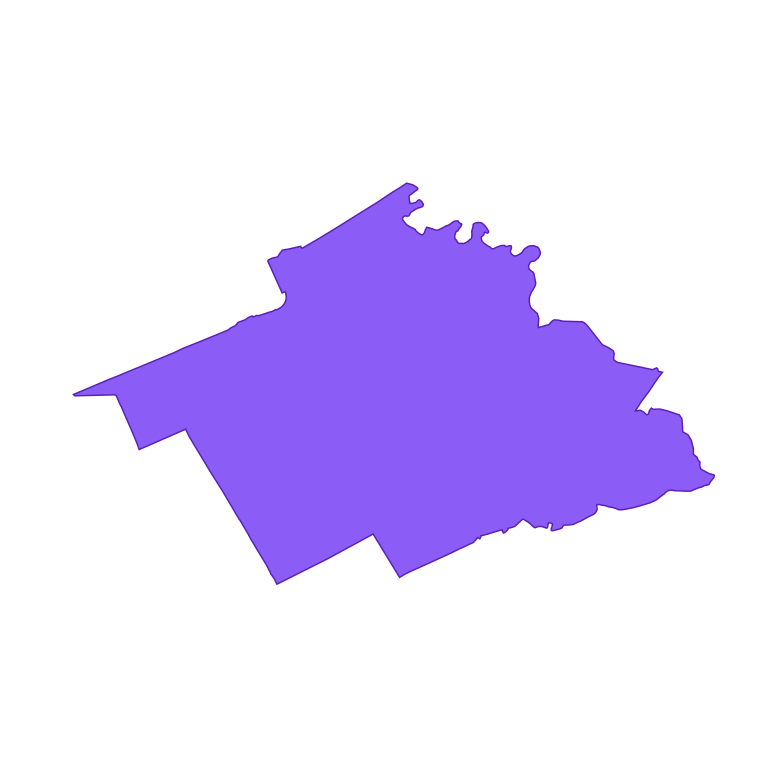 Darmanesti, Dâmbovita, Romania, rotated 169°
{"feature_id": "2599482B65798609307970", "entity_name": "Darmanesti", "entity_type": "district", "adm_level": 2, "iso_a3": "ROU", "parent_name": "Romania", "parent_adm1": "Dâmbovita", "projection": "equal_earth", "projection_center": [25.758, 44.92], "detail": "fine", "context": "isolated", "style": "filled", "palette": "violet", "viewbox_px": 768, "rotation_deg": 169, "n_neighbors": 0, "source": "geoboundaries", "source_scale": "gbopen_adm2", "svg_char_len": 6119}
<svg xmlns="http://www.w3.org/2000/svg" viewBox="0 0 768 768"><g transform="rotate(169 384 384)"><path d="M690.8,433.0L690.1,431.8L689.7,431.4L650.6,424.8L649.6,424.1L649.0,423.4L647.1,414.8L645.9,410.6L644.6,404.4L640.8,387.4L637.8,372.8L636.8,366.4L587.2,377.5L587.0,376.2L585.1,369.0L570.2,328.3L563.0,309.9L552.0,278.9L551.9,278.4L551.6,278.2L551.4,277.9L546.1,262.8L545.9,262.5L545.5,261.5L545.6,261.2L545.0,259.3L543.9,256.0L543.5,254.9L539.2,243.0L533.2,226.7L533.3,226.6L533.1,226.1L533.0,225.4L532.8,224.4L531.7,221.2L531.3,218.9L530.4,217.2L528.5,212.6L528.1,210.7L527.3,207.9L472.7,223.2L423.3,238.8L405.6,191.2L398.9,193.6L392.8,195.2L378.7,198.5L350.1,205.4L341.6,207.7L335.2,209.2L331.0,210.4L327.8,211.0L326.9,211.3L326.1,211.7L323.6,213.5L322.0,214.8L321.5,215.5L319.5,213.8L318.5,214.9L317.9,216.1L317.8,216.5L311.6,216.8L295.9,218.5L295.7,217.8L295.9,217.3L295.7,216.5L295.4,215.7L295.3,214.9L295.5,214.7L293.5,215.3L291.8,216.2L290.1,217.7L289.8,218.5L288.4,218.8L287.4,218.7L285.5,218.8L282.7,219.3L276.5,223.1L276.0,223.5L273.7,224.8L273.0,224.8L272.4,224.4L272.0,223.8L270.6,222.4L269.1,221.2L266.7,218.4L265.4,216.4L264.5,215.4L264.1,214.7L263.4,214.2L263.0,214.1L259.9,214.6L258.3,214.5L257.0,214.2L255.4,213.5L252.3,211.7L251.5,211.5L250.9,212.0L250.5,212.8L250.1,214.1L249.5,215.3L249.3,215.9L249.1,216.3L248.4,216.3L246.2,215.3L245.5,214.8L245.4,214.1L245.6,213.9L245.7,213.2L246.9,211.0L247.8,208.8L247.6,208.1L247.1,207.9L246.2,207.8L239.0,208.2L236.9,208.7L236.6,208.9L235.4,210.4L234.7,210.8L234.0,211.0L233.0,211.0L228.9,210.3L225.2,210.0L220.2,211.3L216.7,212.0L209.5,214.4L203.7,215.9L201.9,216.7L201.0,217.3L200.0,218.3L199.3,219.2L198.8,220.1L198.5,221.4L198.5,222.6L198.6,223.1L198.4,223.7L198.4,224.5L198.0,224.9L196.6,224.8L195.4,224.5L192.8,223.3L191.0,222.8L188.4,221.5L187.1,220.6L183.4,219.3L179.7,217.3L178.3,216.3L177.3,215.7L174.8,215.2L170.8,215.0L162.6,215.1L156.6,215.5L153.2,215.9L149.2,216.2L148.2,216.4L146.1,216.5L139.6,218.0L137.7,218.8L133.6,221.0L130.4,222.4L127.4,224.3L126.0,224.9L124.8,225.2L123.4,225.2L122.7,225.1L120.9,224.6L120.3,224.3L117.6,223.4L114.9,222.9L109.3,221.5L103.8,220.4L102.2,220.5L101.4,220.8L95.6,222.0L91.6,222.3L90.1,222.8L88.5,223.2L85.8,223.1L84.3,223.4L83.8,223.7L83.4,224.4L83.0,225.0L77.9,229.4L77.7,229.9L77.6,231.0L77.2,231.2L77.4,231.8L81.9,234.0L87.0,238.1L89.3,240.2L89.7,243.5L88.7,246.9L90.4,249.8L90.6,252.3L93.7,256.0L92.6,261.4L93.1,270.2L95.2,276.0L99.9,280.1L99.0,286.0L98.2,293.0L100.0,297.3L111.2,303.7L118.1,306.8L124.6,307.8L126.1,309.3L128.4,307.5L130.2,304.0L132.1,303.7L134.5,306.9L137.4,309.3L142.3,309.7L135.3,317.1L125.4,326.1L117.9,333.7L113.1,338.3L108.4,342.4L112.3,344.1L112.4,346.7L113.3,347.8L117.6,346.8L150.3,360.5L152.3,362.1L153.8,364.0L153.3,367.3L152.3,369.4L152.5,372.7L156.3,376.5L162.2,380.9L173.8,403.5L175.7,405.9L177.5,407.3L195.1,411.2L197.1,411.8L200.9,413.5L203.9,414.3L205.2,414.4L206.9,413.7L210.8,410.9L221.6,409.9L221.3,412.4L219.6,418.9L220.0,423.8L222.9,427.7L225.0,430.2L225.8,433.3L225.7,436.9L225.1,440.0L224.4,442.0L221.5,446.4L219.7,448.1L216.7,451.8L215.8,454.1L215.8,463.7L216.2,465.0L219.3,468.5L219.8,470.2L219.4,472.7L218.0,474.7L216.9,475.8L215.7,476.2L214.1,476.0L212.4,476.1L208.5,478.4L206.2,481.1L205.3,483.5L205.6,485.0L205.9,485.7L206.1,487.4L207.2,489.2L208.4,489.6L209.7,490.7L211.2,491.4L212.3,491.4L214.0,491.7L215.6,491.6L218.3,490.7L220.6,489.6L222.0,488.3L222.7,487.3L224.0,486.5L227.1,485.2L229.1,484.7L230.8,484.7L231.9,484.9L233.1,486.1L233.9,487.1L234.5,488.2L234.6,489.3L234.6,490.6L234.1,491.3L233.3,492.3L232.9,493.6L232.7,494.8L233.1,495.6L233.7,495.7L235.1,495.7L236.5,495.5L238.4,495.8L238.8,496.1L238.9,496.6L239.4,497.1L241.8,497.4L243.4,497.4L246.6,496.9L249.2,496.3L250.6,495.8L251.9,496.0L252.5,496.3L253.3,497.8L255.6,499.6L259.2,503.3L260.4,505.2L260.7,506.9L260.7,508.8L260.2,510.0L258.1,511.0L257.3,511.8L256.7,513.4L256.3,513.7L255.5,513.5L254.4,512.7L253.7,512.4L253.2,512.5L252.5,513.0L252.2,513.7L252.4,514.6L253.7,518.1L254.7,520.0L255.6,521.4L256.9,523.0L258.7,524.1L260.6,524.5L263.3,524.6L265.0,524.3L265.9,523.8L266.9,520.7L268.1,518.5L268.9,516.5L269.0,514.8L269.8,511.3L270.3,510.4L271.0,509.7L271.8,509.6L274.6,507.9L275.8,507.4L278.2,506.8L279.5,506.7L280.1,507.1L283.4,507.7L284.4,508.5L285.1,509.8L285.3,511.3L286.1,512.1L286.5,512.9L286.5,514.9L286.0,516.8L284.4,519.4L283.6,520.0L282.3,520.2L281.8,520.7L281.3,521.5L278.7,523.8L277.6,525.2L277.2,525.9L277.4,526.5L278.0,526.6L279.8,528.5L280.0,529.6L280.9,530.2L283.3,530.3L284.8,530.2L288.3,528.4L290.0,527.8L290.7,527.6L293.2,527.3L294.1,526.9L298.9,525.5L301.1,524.9L302.5,524.8L303.9,525.3L307.5,527.4L311.5,529.5L312.2,529.7L312.5,529.4L312.6,528.9L314.1,527.3L314.9,525.6L315.6,524.6L316.9,523.6L318.3,523.1L319.2,523.5L321.6,525.8L323.2,527.9L323.9,529.8L330.3,534.9L331.4,536.1L333.3,539.5L334.4,542.1L334.0,543.7L333.4,544.0L332.9,544.7L330.9,544.9L328.7,544.2L327.7,544.3L326.3,545.6L325.6,546.7L324.3,547.7L318.8,549.8L316.9,550.3L314.7,550.3L312.6,550.8L311.8,551.3L311.1,552.8L311.5,554.2L312.3,556.1L313.6,557.7L314.4,558.1L315.9,557.7L317.1,556.7L318.0,556.2L322.1,555.9L324.3,556.7L324.0,557.9L324.0,560.9L323.7,563.1L323.0,564.2L322.4,564.7L321.3,564.9L317.3,567.1L314.5,568.2L313.6,569.0L313.7,570.1L314.4,571.0L315.4,571.8L317.1,573.5L318.2,574.3L323.4,576.8L331.9,573.3L333.9,572.6L341.5,569.7L354.2,564.3L405.3,544.7L421.6,538.7L438.3,532.9L439.3,533.8L439.5,535.0L451.7,534.7L458.3,534.8L462.1,531.3L464.0,529.1L469.0,528.9L471.5,528.5L474.0,527.7L474.5,527.0L474.3,525.1L473.8,523.5L466.6,492.8L463.4,493.4L463.2,491.8L463.2,489.5L463.3,488.1L463.7,486.7L464.1,485.5L464.9,484.0L465.9,482.6L467.0,481.4L468.5,480.2L469.8,479.3L471.2,478.6L475.2,477.3L475.6,477.2L476.3,477.7L478.7,476.9L480.2,476.5L482.7,476.4L493.4,475.0L495.2,475.4L496.3,475.5L499.8,474.7L500.0,475.7L501.1,475.9L504.8,475.1L507.6,473.6L515.5,472.3L516.0,472.1L516.6,471.4L517.5,470.5L519.1,469.6L519.9,469.3L522.7,468.6L524.2,468.1L526.8,466.7L552.7,461.5L574.6,457.3L584.2,454.8L647.7,441.9L652.8,441.0L690.8,433.0Z" fill="#8b5cf6" stroke="#5b21b6" stroke-width="1.5"/></g></svg>